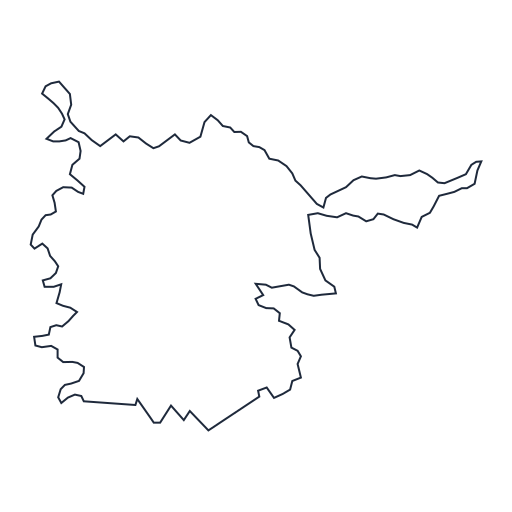 Pérola d'Oeste, Paraná, Brazil (Natural Earth projection)
{"feature_id": "56859067B51279708820455", "entity_name": "Pérola d'Oeste", "entity_type": "district", "adm_level": 2, "iso_a3": "BRA", "parent_name": "Brazil", "parent_adm1": "Paraná", "projection": "natural_earth1", "projection_center": [-53.752, -25.846], "detail": "fine", "context": "isolated", "style": "outline", "palette": "slate", "viewbox_px": 512, "rotation_deg": 0, "n_neighbors": 0, "source": "geoboundaries", "source_scale": "gbopen_adm2", "svg_char_len": 2624}
<svg xmlns="http://www.w3.org/2000/svg" viewBox="0 0 512 512"><path d="M481.3,161.4L476.2,161.8L471.4,164.8L465.9,174.2L457.6,177.8L444.5,183.2L437.9,182.5L432.4,177.8L427.1,174.1L419.3,170.5L410.1,175.1L400.4,176.1L394.8,175.1L386.2,177.4L376.0,178.7L370.4,178.2L361.8,176.5L353.5,180.2L346.0,187.2L330.4,194.5L326.0,197.9L323.4,207.5L316.8,203.9L300.6,185.3L295.4,180.6L292.3,173.4L286.5,166.1L278.2,160.5L269.3,158.7L264.5,150.1L259.3,147.1L253.4,146.1L248.8,142.4L247.1,136.1L240.9,131.8L234.3,132.0L230.2,127.5L222.8,126.0L217.8,120.3L210.9,115.1L204.5,122.1L200.4,136.7L189.5,142.8L180.7,140.5L174.9,134.4L159.0,146.3L153.4,148.2L146.0,143.5L138.4,137.5L129.8,136.3L123.5,141.4L115.7,134.4L100.2,146.1L91.7,140.1L84.5,133.3L78.8,131.0L70.4,121.7L67.8,114.1L71.2,104.7L69.9,94.0L59.0,81.6L51.1,83.3L45.6,86.3L42.1,93.6L49.2,99.4L53.7,103.3L58.2,107.9L62.0,113.7L64.6,119.4L61.4,126.7L54.3,131.4L46.5,138.8L53.2,141.4L59.3,141.4L65.7,140.4L70.6,138.1L78.6,142.2L80.6,151.0L79.5,158.7L72.4,164.8L69.9,174.2L77.4,180.4L84.5,186.8L83.2,193.8L78.1,191.9L71.7,187.6L63.2,187.2L56.3,190.9L52.4,195.3L54.6,202.8L55.9,211.5L50.7,214.5L45.6,215.2L41.5,219.6L38.7,226.5L32.7,234.6L30.7,244.6L34.5,248.6L42.3,243.6L47.6,248.4L50.1,255.9L54.9,261.3L58.2,266.3L55.9,273.0L50.4,278.3L42.8,280.4L44.6,286.8L53.7,286.8L61.2,284.3L59.6,292.4L56.5,303.1L63.0,305.8L70.3,307.7L77.0,312.0L73.2,315.8L68.5,321.1L62.1,326.5L56.3,325.2L50.4,327.1L48.8,334.6L42.3,335.9L34.1,336.8L35.4,345.5L41.8,347.2L51.2,345.9L57.6,349.5L57.6,357.6L63.2,362.1L72.3,361.9L77.6,362.9L84.0,367.0L83.6,373.2L79.0,380.9L71.0,383.6L64.9,384.9L60.7,389.2L58.2,397.3L61.3,403.0L67.9,397.6L74.9,394.6L81.3,396.0L83.8,401.3L135.4,405.0L137.3,399.0L150.6,418.0L153.8,422.7L160.1,422.7L171.0,405.6L183.8,420.1L189.8,411.0L208.4,430.4L259.3,396.6L258.1,390.7L266.7,387.5L274.0,397.9L282.6,394.0L290.1,389.6L292.3,381.0L300.9,377.6L297.6,364.0L300.9,356.3L297.6,350.8L291.4,347.6L289.6,337.4L294.6,329.9L288.4,324.4L279.0,320.8L279.8,313.2L273.7,308.4L266.2,308.1L258.6,305.1L255.6,298.8L263.2,295.1L255.7,283.8L265.9,284.7L271.8,287.7L277.4,286.7L288.9,284.7L293.9,286.4L302.2,292.4L307.5,294.3L313.7,295.8L321.7,294.7L335.9,293.4L334.3,286.7L325.4,280.4L320.1,268.9L319.6,257.8L314.6,249.9L310.7,233.5L308.2,214.9L317.8,213.2L326.7,215.8L337.1,217.3L346.0,213.2L353.2,215.6L358.4,216.5L366.2,221.3L373.4,219.2L377.8,213.6L383.7,214.5L393.4,219.2L403.7,222.9L412.1,224.6L417.1,227.6L421.7,216.9L429.9,212.8L433.6,206.5L439.1,195.8L447.1,193.8L454.3,191.9L461.8,188.2L467.0,188.2L474.6,183.8L477.4,170.5L481.3,161.4Z" fill="none" stroke="#1e293b" stroke-width="2"/></svg>